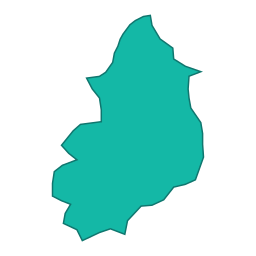 outline of Peristerona Lefkosias, Nicosia, Cyprus
{"feature_id": "46923920B8604631977543", "entity_name": "Peristerona Lefkosias", "entity_type": "district", "adm_level": 2, "iso_a3": "CYP", "parent_name": "Cyprus", "parent_adm1": "Nicosia", "projection": "mercator", "projection_center": [33.074, 35.132], "detail": "fine", "context": "isolated", "style": "filled", "palette": "teal", "viewbox_px": 256, "rotation_deg": 0, "n_neighbors": 0, "source": "geoboundaries", "source_scale": "gbopen_adm2", "svg_char_len": 760}
<svg xmlns="http://www.w3.org/2000/svg" viewBox="0 0 256 256"><path d="M200.8,71.7L185.4,66.3L173.7,59.0L172.8,48.1L160.1,39.0L152.0,25.4L150.3,15.4L143.4,16.5L135.3,20.6L130.0,24.7L123.1,34.0L120.2,39.2L117.9,46.2L114.4,53.1L112.7,62.4L105.7,72.3L99.4,76.4L86.6,78.1L92.3,89.0L99.5,98.0L101.3,109.9L101.3,121.7L80.5,124.4L73.3,130.7L61.5,145.3L68.8,153.4L76.9,159.8L62.4,165.3L54.3,171.6L52.5,183.4L52.5,196.1L61.5,200.7L70.6,204.3L65.2,213.4L63.4,223.4L76.9,229.7L82.3,240.6L99.5,232.5L110.4,228.8L124.8,234.3L127.5,220.7L141.1,206.1L152.0,205.2L163.7,199.8L173.7,187.1L185.4,184.3L195.4,179.8L203.5,157.1L202.6,144.4L202.6,133.5L200.8,122.6L190.8,108.0L189.0,98.0L188.1,89.0L189.0,76.2L200.8,71.7Z" fill="#14b8a6" stroke="#0f766e" stroke-width="1.5"/></svg>